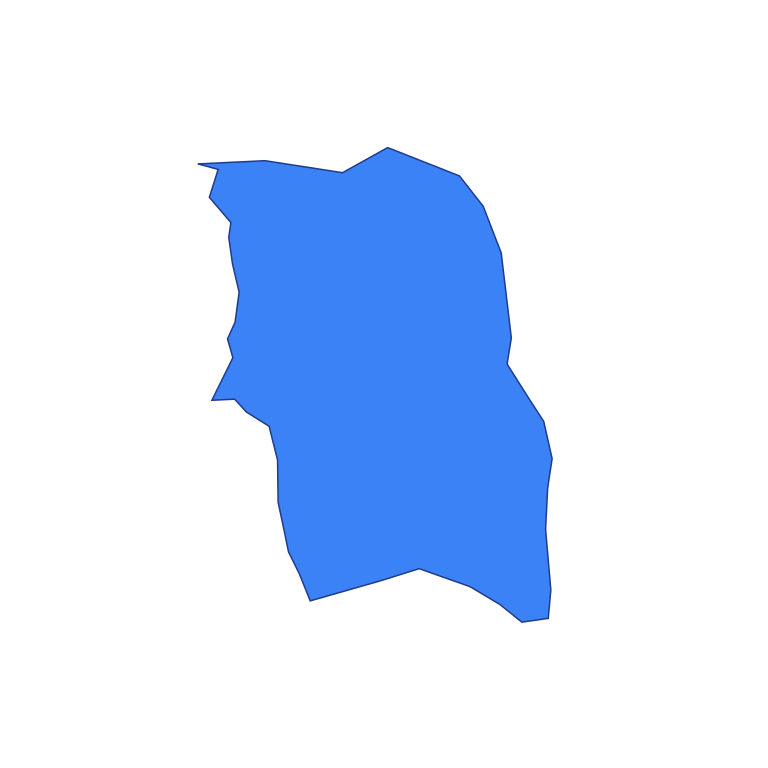 the district of Angolemi, Cyprus, rotated 327°
{"feature_id": "46923920B8588599925202", "entity_name": "Angolemi", "entity_type": "district", "adm_level": 2, "iso_a3": "CYP", "parent_name": "Cyprus", "parent_adm1": "", "projection": "natural_earth1", "projection_center": [32.945, 35.116], "detail": "fine", "context": "isolated", "style": "filled", "palette": "blue", "viewbox_px": 768, "rotation_deg": 327, "n_neighbors": 0, "source": "geoboundaries", "source_scale": "gbopen_adm2", "svg_char_len": 674}
<svg xmlns="http://www.w3.org/2000/svg" viewBox="0 0 768 768"><g transform="rotate(327 384 384)"><path d="M204.0,525.7L275.1,547.5L312.9,558.0L327.4,576.9L345.7,600.7L361.1,632.0L369.9,658.8L394.1,670.0L411.7,647.7L440.3,594.0L464.5,560.5L484.4,538.1L497.6,502.3L497.6,477.8L498.1,434.3L515.9,414.7L553.7,337.9L564.0,289.0L560.6,250.6L515.8,187.7L464.3,184.2L405.8,131.9L347.7,98.0L361.8,113.7L339.2,132.3L343.5,165.2L333.6,176.6L322.3,200.9L312.5,228.1L292.8,251.0L277.3,261.0L271.6,279.6L230.8,303.9L250.5,315.4L253.3,332.5L264.6,356.9L253.3,389.8L230.8,425.5L220.9,451.3L212.5,472.7L209.6,497.1L204.0,525.7Z" fill="#3b82f6" stroke="#1e3a8a" stroke-width="1.5"/></g></svg>